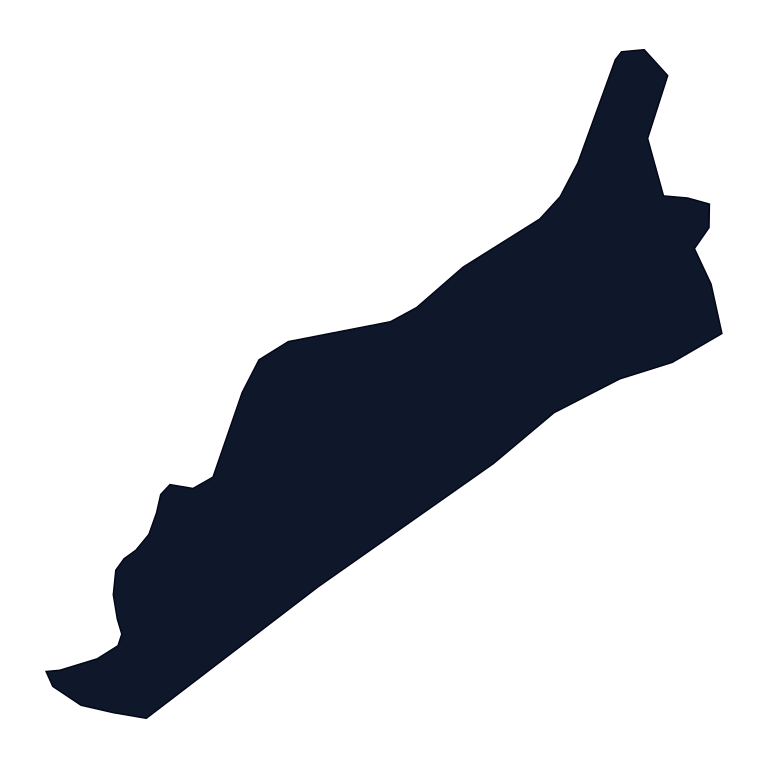 Qusar, Mercator projection
{"feature_id": "AZE-1729", "entity_name": "Qusar", "entity_type": "District", "adm_level": 1, "iso_a3": "AZE", "parent_name": "Azerbaijan", "parent_adm1": "", "projection": "mercator", "projection_center": [48.173, 41.44], "detail": "fine", "context": "isolated", "style": "filled", "palette": "ink", "viewbox_px": 768, "rotation_deg": 0, "n_neighbors": 0, "source": "natural_earth", "source_scale": "10m", "svg_char_len": 687}
<svg xmlns="http://www.w3.org/2000/svg" viewBox="0 0 768 768"><path d="M193.0,488.5L213.0,477.1L242.2,392.5L259.0,359.8L288.3,341.6L390.5,321.7L416.7,307.5L463.1,267.1L539.8,219.0L560.1,196.8L578.0,162.7L615.4,59.6L621.5,51.8L644.2,49.7L667.7,75.6L647.6,138.4L663.5,195.9L687.5,198.0L709.4,204.1L709.0,227.6L694.4,248.6L711.1,284.2L721.9,333.5L672.4,362.3L619.7,378.9L554.0,412.7L493.6,463.4L318.1,586.8L146.3,718.3L113.5,712.7L81.1,705.3L52.8,686.4L46.1,671.5L59.6,670.3L97.2,658.8L118.0,645.7L121.8,634.1L117.3,619.0L113.3,594.8L115.8,570.2L124.1,558.7L135.9,550.2L148.9,534.4L156.5,513.0L160.7,494.5L170.0,484.6L193.0,488.5Z" fill="#0f172a" stroke="#020617" stroke-width="1.5"/></svg>